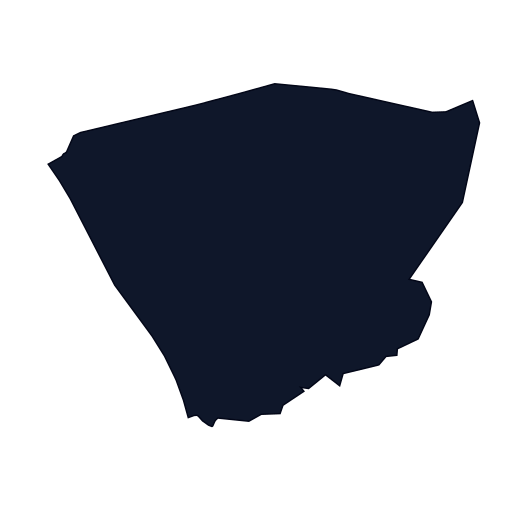 the district of Onslow, United States of America, rotated 94°
{"feature_id": "52423323B38780973615632", "entity_name": "Onslow", "entity_type": "district", "adm_level": 2, "iso_a3": "USA", "parent_name": "United States of America", "parent_adm1": "", "projection": "equal_earth", "projection_center": [-77.351, 34.712], "detail": "fine", "context": "isolated", "style": "filled", "palette": "ink", "viewbox_px": 512, "rotation_deg": 94, "n_neighbors": 0, "source": "geoboundaries", "source_scale": "gbopen_adm2", "svg_char_len": 1045}
<svg xmlns="http://www.w3.org/2000/svg" viewBox="0 0 512 512"><g transform="rotate(94 256 256)"><path d="M86.3,50.6L85.9,50.8L99.0,76.7L100.4,90.2L87.5,174.7L84.8,187.3L84.4,192.5L83.0,245.2L82.9,249.4L94.8,283.0L95.3,284.4L106.4,316.9L106.8,317.8L109.9,327.2L145.1,439.7L148.9,446.3L166.2,452.5L166.1,453.0L166.8,453.7L167.3,454.7L167.5,455.0L169.0,456.0L170.2,456.4L178.9,469.7L194.4,457.4L211.6,445.4L294.9,394.9L343.2,354.0L362.1,340.3L381.7,329.0L385.5,326.9L404.9,318.3L421.9,312.3L419.4,306.7L419.0,304.1L419.2,303.3L419.9,302.2L424.2,297.8L428.0,291.6L428.3,290.7L429.1,288.2L429.0,287.8L428.5,287.3L423.8,285.6L422.1,284.5L420.3,282.8L421.3,251.6L413.5,239.7L411.5,221.0L403.0,218.7L387.6,198.8L383.9,202.4L384.5,194.3L369.6,178.4L379.6,163.5L367.2,160.9L356.2,126.4L356.0,126.2L355.8,126.1L355.7,125.9L355.8,125.7L347.1,119.3L345.2,108.6L338.7,108.5L327.4,88.5L302.6,79.1L289.5,77.8L270.7,88.5L268.6,101.7L248.2,89.6L245.9,88.2L232.6,80.3L188.2,53.9L107.6,42.3L86.3,50.6Z" fill="#0f172a" stroke="#020617" stroke-width="1.5"/></g></svg>